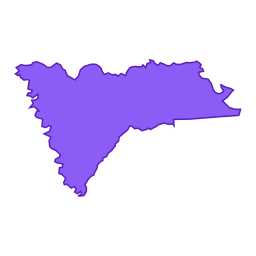 outline of Arvorezinha, Rio Grande do Sul, Brazil
{"feature_id": "56859067B39750308263867", "entity_name": "Arvorezinha", "entity_type": "district", "adm_level": 2, "iso_a3": "BRA", "parent_name": "Brazil", "parent_adm1": "Rio Grande do Sul", "projection": "albers", "projection_center": [-52.195, -28.889], "detail": "fine", "context": "isolated", "style": "filled", "palette": "violet", "viewbox_px": 256, "rotation_deg": 0, "n_neighbors": 0, "source": "geoboundaries", "source_scale": "gbopen_adm2", "svg_char_len": 2185}
<svg xmlns="http://www.w3.org/2000/svg" viewBox="0 0 256 256"><path d="M238.8,115.4L240.6,109.3L234.8,109.3L229.0,107.4L222.5,100.8L227.0,97.6L230.5,93.1L233.4,90.1L230.3,88.4L226.0,87.3L221.0,84.7L221.1,87.0L223.8,91.2L220.2,93.7L218.1,93.6L215.1,92.3L213.4,89.9L211.3,83.7L208.1,79.1L202.4,78.3L200.6,76.8L199.1,74.8L198.8,72.3L203.5,71.2L202.6,68.8L199.7,67.4L201.2,64.6L197.0,61.2L194.8,62.1L189.8,62.8L186.5,62.5L180.4,64.4L176.6,64.4L173.7,62.9L169.9,65.9L166.8,65.6L163.9,64.1L160.3,62.7L158.1,65.3L154.9,63.4L153.4,60.8L149.7,59.9L150.6,62.7L147.2,63.5L145.6,67.6L142.9,64.8L141.7,66.8L138.6,66.8L135.8,66.5L132.3,66.7L129.7,67.9L126.4,72.7L125.8,75.7L121.2,73.5L118.2,76.0L115.3,74.3L112.4,75.0L108.2,72.9L104.4,74.5L102.0,71.3L101.2,68.3L98.8,66.0L95.9,64.3L91.2,64.2L84.1,66.5L80.4,70.0L78.3,76.3L74.9,79.9L67.4,75.6L64.9,70.0L62.8,69.2L60.4,64.9L56.6,63.1L50.8,67.4L47.4,67.4L42.9,64.2L37.0,61.8L33.2,62.5L31.5,64.7L28.1,65.4L24.1,65.4L21.1,64.7L16.2,67.6L18.1,69.3L19.1,71.3L15.4,73.9L17.7,75.4L20.0,75.1L20.5,77.4L24.0,80.1L27.3,79.5L29.3,80.2L27.9,88.9L32.1,90.4L31.2,92.8L28.2,93.0L27.0,95.5L30.7,96.2L32.8,97.9L37.8,94.3L38.0,98.2L35.2,100.0L31.7,100.2L33.3,103.5L29.8,107.6L34.2,106.6L39.1,111.0L36.7,111.3L35.1,115.4L36.4,117.2L42.7,119.2L41.9,126.4L45.6,127.6L49.0,125.7L51.0,126.6L49.6,131.3L44.0,133.8L51.1,137.1L49.1,140.8L49.8,146.6L51.3,148.3L56.3,150.8L60.0,154.4L59.7,157.0L55.6,159.1L54.7,161.5L56.6,162.7L62.9,164.1L62.3,167.3L59.5,167.6L59.2,170.1L59.0,173.5L61.9,174.5L65.7,178.1L63.7,182.5L64.3,184.6L67.2,184.4L71.2,188.1L74.4,186.6L76.2,189.5L74.6,191.9L77.6,193.8L80.9,191.2L81.5,194.0L78.1,196.1L83.8,195.6L86.3,191.7L86.4,187.4L84.9,184.5L86.8,181.7L88.6,178.7L91.2,176.2L93.7,175.2L94.9,171.8L96.7,168.9L97.7,164.8L100.1,162.0L102.9,160.4L102.8,158.1L106.5,156.6L108.4,153.0L112.0,150.2L113.5,147.9L115.1,146.1L115.6,143.6L118.5,141.3L119.2,136.9L127.6,129.9L129.7,126.0L131.8,126.2L134.7,128.7L138.0,128.2L142.0,130.7L147.0,129.3L148.8,128.1L150.4,129.5L156.6,126.2L158.5,124.7L164.1,123.1L166.7,123.8L169.5,124.3L172.5,123.8L173.9,125.7L173.7,119.4L190.0,119.1L222.4,116.5L238.8,115.4Z" fill="#8b5cf6" stroke="#5b21b6" stroke-width="1.5"/></svg>